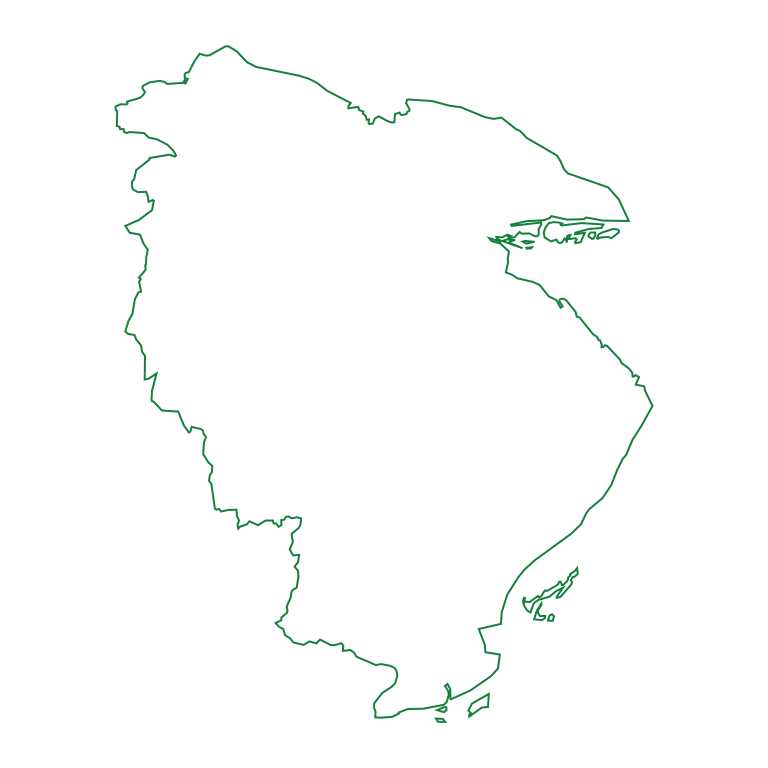 Shariatpur, Dhaka, Bangladesh
{"feature_id": "16705992B92388810566131", "entity_name": "Shariatpur", "entity_type": "district", "adm_level": 2, "iso_a3": "BGD", "parent_name": "Bangladesh", "parent_adm1": "Dhaka", "projection": "mercator", "projection_center": [90.365, 23.228], "detail": "fine", "context": "isolated", "style": "outline", "palette": "green", "viewbox_px": 768, "rotation_deg": 0, "n_neighbors": 0, "source": "geoboundaries", "source_scale": "gbopen_adm2", "svg_char_len": 6106}
<svg xmlns="http://www.w3.org/2000/svg" viewBox="0 0 768 768"><path d="M500.9,623.9L501.8,612.0L507.3,594.5L518.4,577.1L524.6,569.5L535.0,560.1L571.4,533.6L581.1,524.1L586.2,513.3L589.3,509.1L602.5,498.1L611.3,485.0L617.3,469.7L622.6,459.0L626.0,455.2L632.6,439.6L641.3,426.1L652.5,405.9L645.2,391.0L644.2,386.4L635.7,384.6L639.0,377.1L635.5,375.1L633.8,376.7L632.6,376.5L632.2,372.6L628.7,368.3L621.6,363.1L619.8,359.4L607.1,345.9L604.9,345.2L603.2,347.1L601.5,347.2L601.8,344.7L600.0,340.3L598.5,340.0L597.0,336.8L593.2,334.4L579.5,317.4L576.7,316.6L575.7,312.1L566.3,300.3L563.1,298.6L559.7,299.4L559.4,301.4L562.6,306.4L560.5,307.7L556.4,300.1L548.8,296.4L539.5,284.9L532.8,281.9L517.4,278.3L512.2,274.8L505.9,272.4L508.3,261.2L507.6,259.6L508.9,251.5L500.3,243.5L491.6,241.2L489.1,238.1L500.4,241.5L500.6,240.5L496.9,238.6L496.3,236.9L502.1,237.4L507.4,234.7L510.3,235.7L508.1,236.5L508.9,237.7L514.5,237.3L519.5,232.0L522.0,233.7L529.2,233.4L534.5,236.1L537.4,236.3L538.8,234.5L538.6,229.0L541.3,224.5L541.1,222.5L511.7,225.9L511.1,224.6L526.5,221.2L543.8,220.2L550.0,218.0L551.3,216.1L566.9,219.6L583.9,219.2L586.2,217.5L603.0,220.6L628.8,221.0L618.8,199.3L608.2,187.4L567.9,173.4L564.2,169.5L560.2,160.7L556.7,155.3L527.0,138.1L520.1,131.0L515.8,129.0L501.5,117.6L493.8,118.9L484.8,117.1L460.8,107.2L449.9,105.8L431.8,101.0L408.6,99.5L407.2,99.6L406.1,103.2L409.6,109.3L409.4,110.8L407.0,112.2L406.5,114.0L402.4,115.0L400.7,114.6L399.5,112.6L395.0,114.0L394.4,122.2L391.8,122.6L387.1,120.9L378.8,116.3L374.9,118.5L372.8,123.5L369.7,124.1L368.5,123.1L369.0,119.4L366.6,119.8L365.8,116.2L363.0,113.7L363.3,111.6L359.1,110.0L358.3,106.9L348.4,108.2L348.4,106.2L350.7,103.0L327.2,90.8L317.1,83.0L309.0,78.8L299.0,75.7L256.1,66.9L247.1,62.3L236.6,51.2L227.9,46.1L224.8,46.7L209.6,55.3L205.9,55.6L199.6,53.8L193.9,62.2L188.9,72.0L185.7,73.0L184.6,74.6L184.8,78.0L187.8,78.9L185.5,83.5L184.7,83.3L184.8,79.9L182.9,82.9L167.3,83.9L164.5,82.0L159.8,80.8L149.5,82.4L142.7,86.1L142.4,88.4L145.0,92.1L143.2,95.1L139.6,98.0L127.0,101.7L127.5,103.7L126.6,104.4L120.2,104.3L115.5,106.6L115.8,110.1L117.2,111.3L116.8,125.9L119.6,126.9L120.0,129.1L123.6,129.1L124.2,132.2L127.0,133.0L129.4,132.1L143.9,133.0L148.7,137.5L157.4,139.5L167.7,144.9L173.3,150.6L176.1,155.5L174.9,156.5L169.3,154.7L149.6,158.0L149.3,159.7L136.2,170.1L134.2,179.1L132.1,181.5L131.8,185.9L132.8,189.3L137.8,192.1L146.0,191.8L148.1,196.9L148.5,201.8L152.8,200.0L153.8,200.6L152.1,210.1L138.9,220.0L125.4,225.9L129.7,232.8L140.0,234.6L143.5,243.5L147.8,249.8L146.2,257.5L146.1,264.0L145.2,265.4L145.6,269.8L138.9,277.7L140.8,279.2L139.1,281.9L141.1,291.7L138.4,292.4L134.9,299.2L132.3,314.2L128.6,320.6L125.3,331.4L128.0,333.9L134.5,335.0L136.2,339.5L141.0,345.3L142.1,351.8L145.0,355.9L144.7,379.5L148.6,378.8L156.5,373.5L152.0,390.9L151.5,399.9L152.2,401.3L153.5,401.5L161.9,410.5L178.2,411.6L183.9,425.4L188.9,432.5L190.3,431.6L191.7,426.9L200.7,429.0L202.9,430.5L203.7,434.2L206.1,437.1L204.0,442.1L203.2,454.2L208.4,462.4L212.3,465.9L211.9,472.2L209.8,475.2L209.0,480.9L211.3,483.6L214.9,508.7L216.5,509.7L219.1,509.0L221.1,511.5L228.9,509.9L236.5,509.7L237.0,516.2L239.0,520.4L237.5,525.2L238.2,528.5L240.2,526.6L247.0,524.3L249.4,521.3L258.0,525.2L265.7,520.5L272.9,520.5L273.6,523.4L276.3,523.6L278.6,526.8L281.4,525.0L281.2,520.2L284.1,519.7L286.0,516.8L288.3,516.4L291.7,518.3L296.8,517.3L301.1,518.4L300.4,524.9L298.9,527.8L291.6,533.9L292.8,542.2L289.7,549.1L292.9,555.3L299.2,554.9L298.0,562.2L294.6,566.6L298.1,570.9L298.4,576.7L296.7,587.6L292.6,590.1L291.4,592.2L290.8,597.2L286.7,606.5L287.5,610.4L286.9,612.9L281.4,617.5L281.2,620.4L275.6,623.0L279.2,627.0L283.2,628.9L285.0,635.2L290.2,638.3L293.2,642.4L303.6,644.9L309.3,641.5L316.4,643.3L320.1,639.6L330.6,645.0L334.4,645.2L341.2,643.2L343.3,645.5L342.9,650.9L350.3,650.0L354.1,652.6L356.5,656.7L375.9,665.1L381.2,664.1L390.6,665.9L394.3,667.8L396.4,670.6L397.4,675.4L395.1,683.4L390.9,687.4L382.4,692.8L374.2,703.4L374.1,708.0L375.6,711.7L375.2,717.3L381.0,717.7L392.3,716.8L398.7,713.7L398.6,712.6L407.8,709.0L423.4,708.7L443.8,704.8L446.7,702.1L448.8,694.7L448.0,690.7L445.0,686.0L447.5,684.0L450.2,689.0L450.4,699.0L451.2,699.2L470.6,690.3L490.8,676.3L497.9,668.7L499.9,654.5L485.5,652.3L484.8,644.8L478.8,629.0L500.9,623.9ZM561.3,225.5L560.6,224.4L562.0,223.4L558.7,222.5L553.8,222.1L548.8,223.2L545.4,227.6L543.7,232.5L544.6,237.5L551.0,241.4L556.4,239.6L558.1,242.3L560.1,243.2L562.5,242.0L564.4,238.5L565.6,238.8L566.9,242.5L567.1,236.6L568.2,235.3L570.5,235.0L568.5,239.1L575.4,238.2L576.8,239.5L575.0,242.0L575.4,243.2L580.8,242.1L584.8,232.8L575.1,234.3L575.3,232.7L588.9,229.0L601.4,228.0L603.5,224.5L581.5,223.1L561.3,225.5ZM574.7,576.6L577.8,573.7L577.1,568.1L574.8,571.1L570.0,574.1L570.4,575.4L568.3,577.3L567.3,581.1L562.9,585.2L561.9,585.0L560.8,581.8L559.2,581.8L557.9,584.6L546.9,591.0L544.9,590.4L541.0,596.5L539.0,597.3L537.9,596.0L529.5,602.1L525.7,601.6L523.8,602.5L525.0,598.2L523.8,597.9L523.0,601.7L524.7,606.8L527.4,610.7L530.4,612.4L534.0,603.0L538.7,599.8L549.5,596.7L555.9,591.2L562.9,587.8L556.6,597.0L556.7,597.8L560.3,597.0L571.3,584.5L572.1,582.1L570.8,580.4L572.6,577.2L574.7,576.6ZM488.8,694.0L472.0,703.5L468.4,710.6L470.9,713.0L469.3,714.5L469.3,716.6L481.8,707.5L488.0,707.0L488.8,694.0ZM599.1,237.7L608.0,236.9L611.4,238.2L618.9,232.3L619.1,230.7L618.1,229.6L613.4,228.9L602.1,232.5L598.7,234.3L596.9,238.1L598.0,238.9L599.1,237.7ZM542.1,620.1L545.0,618.0L545.0,615.9L540.1,616.1L537.9,612.8L538.1,610.0L541.5,604.7L541.3,603.5L536.7,611.0L534.1,619.3L542.1,620.1ZM515.1,240.2L507.8,239.2L502.4,241.0L522.5,248.2L509.5,242.8L509.6,241.4L515.1,240.2ZM444.0,712.2L446.5,710.1L446.3,707.2L444.2,707.1L437.1,710.1L444.0,712.2ZM593.5,238.6L595.4,234.8L595.1,232.5L590.7,232.5L588.7,234.7L588.5,236.6L592.2,238.9L593.5,238.6ZM552.6,620.9L554.0,616.3L552.0,614.3L549.7,615.5L547.9,620.5L552.6,620.9ZM445.2,721.9L442.8,718.9L436.0,718.5L438.0,721.8L445.2,721.9ZM525.1,240.9L522.5,241.6L526.1,243.6L534.6,241.8L525.1,240.9ZM531.1,248.3L532.0,247.2L526.3,247.9L526.9,248.7L531.1,248.3Z" fill="none" stroke="#15803d" stroke-width="2"/></svg>